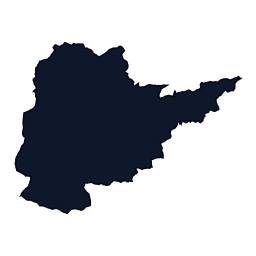 outline of Mogos, Alba, Romania
{"feature_id": "2599482B52789087649839", "entity_name": "Mogos", "entity_type": "district", "adm_level": 2, "iso_a3": "ROU", "parent_name": "Romania", "parent_adm1": "Alba", "projection": "mercator", "projection_center": [23.332, 46.276], "detail": "fine", "context": "isolated", "style": "filled", "palette": "ink", "viewbox_px": 256, "rotation_deg": 0, "n_neighbors": 0, "source": "geoboundaries", "source_scale": "gbopen_adm2", "svg_char_len": 5699}
<svg xmlns="http://www.w3.org/2000/svg" viewBox="0 0 256 256"><path d="M67.3,213.2L70.5,209.7L72.8,208.8L75.6,208.6L80.4,209.8L80.9,210.2L82.8,209.7L84.7,207.9L85.0,207.1L90.3,205.4L90.4,202.8L90.0,199.4L89.0,194.8L88.6,193.9L86.5,192.1L84.8,190.2L84.4,189.1L83.0,187.3L84.4,185.5L84.6,184.8L84.5,183.8L85.0,182.9L86.0,182.8L87.2,183.1L88.8,182.5L89.8,182.7L90.8,182.0L94.0,183.5L95.6,184.0L97.3,183.9L97.9,184.4L99.1,184.4L99.7,184.1L100.3,183.2L100.6,183.2L102.0,183.7L103.0,184.3L103.3,184.7L104.9,184.5L105.5,184.8L105.6,185.2L107.0,185.2L109.2,184.8L109.2,184.2L110.4,183.8L110.6,182.9L111.7,182.2L111.6,181.6L111.8,181.5L112.4,181.5L113.0,180.7L113.7,180.5L118.9,181.2L120.3,182.1L121.3,182.1L122.2,181.2L123.8,180.7L126.5,180.9L127.0,181.7L128.1,181.8L129.7,180.7L131.3,181.4L132.1,181.3L131.6,179.7L131.7,178.4L132.7,176.2L133.2,174.2L133.4,174.3L133.7,175.4L133.9,175.4L134.4,174.4L134.8,174.1L135.2,173.1L136.0,173.7L136.3,173.2L136.1,172.5L137.3,172.6L137.3,171.8L136.3,169.9L135.6,169.4L135.6,168.4L136.3,167.9L138.9,167.8L141.0,168.9L142.2,169.2L142.9,168.7L147.6,167.9L149.4,168.2L150.2,167.9L151.0,167.1L152.0,167.0L151.1,163.8L151.3,162.3L150.9,159.9L156.3,157.8L160.9,157.4L163.0,157.9L163.1,155.8L162.8,153.8L162.7,153.0L161.7,151.4L161.6,150.6L162.1,148.5L161.8,147.1L160.1,143.4L163.6,141.6L164.1,141.6L166.8,139.3L169.9,138.0L170.7,137.1L170.9,135.7L170.1,133.8L170.6,130.2L175.2,127.8L177.3,124.6L177.5,122.6L177.9,121.8L178.6,122.0L179.5,120.9L180.1,121.0L179.8,121.8L179.8,122.7L180.1,122.2L180.7,122.6L180.9,124.2L181.1,124.4L181.5,122.7L182.5,121.1L183.4,121.5L183.4,121.0L183.7,120.9L184.0,121.1L184.1,121.7L184.9,121.8L185.5,122.4L186.1,122.1L186.2,122.6L187.1,122.3L188.7,120.9L189.7,121.0L190.3,122.0L191.6,120.7L192.8,120.9L193.2,120.6L193.6,120.8L194.1,121.5L195.6,122.1L197.0,121.5L197.2,121.3L197.1,120.9L197.6,120.7L198.9,121.0L199.3,122.1L200.1,122.6L200.7,122.5L201.2,122.1L201.6,121.2L202.5,121.0L203.0,120.1L202.9,118.7L203.4,118.4L202.9,117.7L205.0,116.1L204.5,115.4L204.8,113.2L208.1,112.4L208.7,111.8L209.0,110.8L209.5,109.7L212.0,110.2L213.1,111.0L214.8,111.3L218.7,109.5L218.7,108.4L218.1,106.7L216.8,104.5L216.4,102.7L215.8,101.3L216.2,98.7L218.2,97.0L218.7,96.1L220.6,95.3L223.4,91.7L225.4,89.8L226.0,89.9L227.2,91.7L227.8,91.9L229.4,91.4L231.3,90.4L233.3,90.6L234.8,88.0L234.7,85.4L235.0,82.9L237.7,80.1L239.3,79.5L240.6,78.5L240.1,78.5L239.6,77.7L238.4,76.6L236.9,77.8L237.0,78.0L235.6,78.0L233.9,78.4L232.8,79.2L232.1,79.3L230.6,80.2L226.8,78.9L223.7,79.0L222.9,79.4L220.9,79.8L220.7,80.3L219.2,81.1L219.1,81.5L218.4,82.1L214.8,81.9L212.5,82.3L210.4,81.6L205.9,82.9L205.1,82.9L204.0,83.4L201.9,82.8L201.2,83.1L200.6,83.9L200.4,84.8L200.5,85.6L201.0,87.1L200.4,88.2L199.2,89.5L198.3,89.5L196.6,90.0L195.4,91.2L194.8,91.4L194.8,91.9L192.9,92.0L193.0,92.7L189.0,90.1L185.4,91.5L183.6,92.0L182.0,91.8L180.7,92.7L179.6,92.4L178.1,93.0L176.3,93.4L175.3,93.4L175.1,92.4L175.3,91.7L174.9,91.2L174.5,91.9L173.6,95.1L173.5,95.5L174.0,96.7L169.3,95.5L168.2,95.5L164.7,96.5L163.6,97.4L161.0,98.0L160.0,99.0L159.2,98.2L159.1,97.6L159.3,97.2L158.4,95.8L158.9,95.3L158.9,94.3L159.3,93.8L159.2,92.7L159.5,91.7L160.2,91.9L160.8,89.6L161.2,89.1L161.2,88.2L162.3,88.3L163.3,86.9L163.9,87.1L164.7,86.9L167.2,85.3L162.9,85.2L161.0,85.7L158.1,85.6L156.8,86.0L156.0,85.7L155.5,85.3L153.5,85.5L149.5,84.7L147.6,85.2L145.8,86.3L144.3,86.9L140.9,87.1L139.6,87.5L138.7,86.1L138.1,86.2L138.4,83.4L135.8,85.3L134.8,86.4L134.6,86.5L134.1,85.8L133.1,86.1L132.9,85.4L133.5,85.2L133.3,84.3L132.4,83.8L133.7,82.6L133.7,82.1L133.4,81.7L132.8,81.8L132.7,81.6L132.6,80.7L132.2,80.1L131.4,80.0L131.3,80.3L131.1,80.1L130.8,80.3L130.7,80.0L131.0,79.6L130.9,79.4L130.3,80.8L129.9,79.7L128.6,78.3L128.3,77.2L127.0,75.7L127.0,75.1L127.6,74.7L127.6,73.8L126.3,72.9L124.8,72.3L124.6,71.9L124.7,71.3L126.6,69.3L127.7,67.8L127.4,66.4L128.0,66.0L126.8,61.7L123.3,59.5L122.4,57.4L121.9,55.4L121.1,54.3L121.9,53.8L124.3,50.8L123.3,48.8L121.6,46.8L120.4,46.4L119.1,46.5L117.6,48.0L113.1,48.2L109.1,49.9L107.6,51.7L104.8,53.8L98.8,57.3L98.2,56.4L96.3,55.4L96.1,54.9L94.9,54.4L92.6,52.7L92.7,51.8L91.1,50.1L90.0,49.5L88.6,49.3L87.2,48.2L84.8,48.2L84.5,47.9L84.2,46.5L83.7,45.5L82.8,44.2L77.5,44.0L75.9,44.5L74.3,43.6L73.6,43.6L72.2,45.2L71.1,45.3L65.3,42.8L64.4,43.0L63.8,44.5L61.1,45.7L60.4,46.5L58.6,46.3L56.6,45.5L56.3,45.1L55.2,44.9L54.3,46.0L54.0,46.7L53.2,47.4L53.8,48.6L54.7,49.6L54.7,50.6L53.5,52.0L53.4,52.5L51.1,55.1L51.0,56.5L49.0,57.8L49.1,58.2L47.2,59.5L44.7,59.7L41.8,60.7L41.6,61.2L39.8,61.3L38.8,63.8L38.0,64.6L37.9,65.3L37.5,66.0L37.6,66.4L36.8,67.2L36.1,67.6L35.8,68.6L35.9,69.4L35.6,70.6L36.0,71.7L35.2,74.2L35.9,75.6L36.1,77.0L33.7,78.7L33.4,79.2L33.3,80.4L34.2,82.6L34.4,84.2L35.0,84.9L36.2,87.2L36.2,89.3L34.1,90.5L33.5,91.5L34.6,91.6L35.6,92.9L35.9,94.4L35.7,96.7L36.3,97.3L36.8,98.1L35.7,105.5L33.3,108.6L28.1,111.4L24.0,113.0L23.1,122.5L23.6,127.8L23.2,130.1L22.9,131.0L22.9,132.2L22.6,134.0L23.3,134.7L23.2,135.6L24.1,136.6L24.9,136.8L25.4,138.8L24.7,140.3L24.6,141.9L24.2,143.3L23.2,144.8L21.8,146.1L21.0,148.4L20.7,149.7L19.0,152.3L16.4,157.5L15.8,159.3L15.9,161.3L15.4,162.3L15.4,164.5L15.8,165.3L16.1,167.7L16.8,169.4L16.7,170.4L22.9,173.6L25.1,175.2L25.8,176.1L27.3,175.7L27.7,175.9L30.3,176.2L31.1,176.8L30.6,177.8L30.9,179.0L30.7,180.2L30.0,181.8L29.7,183.5L29.2,184.3L29.0,185.4L27.9,187.2L25.8,188.6L24.5,190.2L23.4,191.0L23.0,192.0L22.6,192.2L22.0,193.0L21.3,194.3L21.3,195.3L21.0,195.6L21.9,195.4L22.6,196.6L24.2,197.7L26.2,199.4L27.5,200.0L30.8,200.1L34.2,201.6L36.8,202.4L38.0,203.1L39.8,205.7L43.0,205.7L48.2,207.8L50.8,208.4L52.2,209.2L56.4,208.1L58.6,209.3L60.1,209.7L61.8,211.2L64.2,212.3L67.3,213.2Z" fill="#0f172a" stroke="#020617" stroke-width="1.5"/></svg>